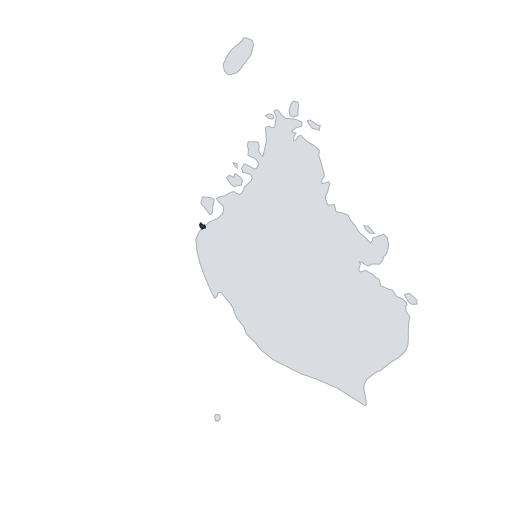 location of Saha-gu, Busan, South Korea, rotated 145°
{"feature_id": "91817680B15590775835688", "entity_name": "Saha-gu", "entity_type": "district", "adm_level": 2, "iso_a3": "KOR", "parent_name": "South Korea", "parent_adm1": "Busan", "projection": "equal_earth", "projection_center": [128.975, 35.079], "detail": "fine", "context": "in_parent", "style": "filled", "palette": "slate", "viewbox_px": 512, "rotation_deg": 145, "n_neighbors": 0, "source": "geoboundaries", "source_scale": "gbopen_adm2", "svg_char_len": 4487}
<svg xmlns="http://www.w3.org/2000/svg" viewBox="0 0 512 512"><g transform="rotate(145 256 256)"><path d="M163.1,127.0L164.7,125.7L164.8,123.9L164.9,117.8L169.4,113.7L175.8,105.1L179.0,100.4L182.6,96.0L186.7,93.1L190.8,91.7L197.2,91.1L209.3,91.7L211.7,91.2L220.2,90.7L222.2,91.5L228.4,92.0L235.2,91.4L238.6,90.2L241.8,88.0L244.6,84.1L247.5,77.0L250.6,71.3L252.4,70.3L264.8,100.4L276.7,119.9L286.9,134.0L301.5,161.3L305.8,176.0L306.2,185.0L308.7,197.5L306.6,204.7L307.3,216.0L306.3,221.8L304.6,226.1L304.5,234.4L305.1,238.8L305.2,244.6L306.3,246.9L308.0,247.8L310.7,245.6L313.9,244.8L313.4,251.8L309.5,269.6L306.0,282.7L301.4,294.0L295.4,304.4L288.3,308.5L283.3,309.9L273.7,310.5L265.7,308.7L258.9,310.0L256.1,312.2L254.1,315.9L255.6,321.6L255.4,325.9L252.4,325.6L246.6,323.1L240.2,322.7L237.2,321.5L234.2,315.4L231.1,315.7L225.7,319.3L217.4,320.1L214.5,322.0L213.5,324.6L214.7,327.8L218.8,332.0L217.4,336.2L213.0,338.3L209.6,333.1L207.4,328.0L205.0,327.7L201.2,329.2L200.4,334.7L202.1,338.5L205.0,342.8L200.9,347.9L199.8,351.4L196.9,354.0L189.0,348.3L190.2,344.2L193.6,340.3L194.1,336.2L193.0,333.8L181.6,344.1L174.6,355.7L170.9,354.9L169.3,351.9L167.2,350.7L159.6,358.2L158.2,364.1L155.4,364.3L154.2,361.8L154.2,356.4L152.9,351.9L145.2,345.3L141.7,339.5L143.7,336.3L150.1,338.0L155.3,337.8L154.3,335.1L152.6,333.8L156.1,332.2L159.0,329.1L156.6,328.2L153.0,330.0L150.0,329.1L148.9,321.6L145.3,313.8L143.5,306.3L147.1,302.0L149.0,295.3L152.5,285.6L154.2,282.4L158.9,280.2L160.5,277.6L158.0,276.4L153.9,275.2L154.1,272.4L156.9,270.9L160.0,267.8L166.0,264.1L167.9,257.0L166.2,255.2L162.5,253.5L163.4,250.0L164.9,247.2L164.4,245.6L160.0,241.0L157.1,236.8L158.0,232.1L157.5,224.9L157.9,218.8L157.8,215.6L155.7,208.2L154.8,200.8L152.0,201.9L149.7,203.7L141.5,201.1L139.0,201.0L138.0,195.5L141.0,188.8L148.0,182.8L152.0,182.1L155.0,179.5L159.7,178.6L165.2,182.7L170.2,183.5L173.0,190.4L174.7,191.9L175.1,189.4L179.2,186.4L180.1,184.1L179.3,182.9L174.6,181.6L170.5,173.0L170.0,169.2L168.5,166.8L170.8,159.9L166.0,152.1L163.7,149.6L164.1,142.6L161.6,138.1L160.2,135.6L159.4,131.4L160.2,129.5L162.4,128.8L163.1,127.0ZM143.9,440.2L141.6,441.7L139.4,440.8L138.8,440.1L136.2,436.1L135.5,434.0L137.3,430.1L144.7,423.7L163.5,417.5L166.9,417.2L174.3,419.9L175.8,424.8L174.4,429.1L172.7,432.0L164.0,436.8L157.3,439.2L143.9,440.2ZM270.8,330.8L265.9,335.1L259.3,329.4L257.7,326.2L262.8,321.6L267.0,316.3L269.8,316.0L270.8,330.8ZM235.6,330.3L235.0,337.1L231.4,337.4L229.2,333.1L226.8,335.2L225.6,335.2L223.8,329.8L223.5,325.6L227.8,322.4L230.5,324.3L234.2,325.3L235.6,330.3ZM139.9,360.5L136.5,361.5L134.7,359.1L133.4,358.5L134.2,355.4L139.7,349.2L140.8,347.1L145.8,348.4L147.6,351.6L145.2,356.6L139.9,360.5ZM157.2,130.0L156.9,139.0L154.1,138.6L152.2,137.7L151.4,135.9L149.5,127.6L151.7,124.2L155.9,126.9L157.2,130.0ZM136.9,335.5L136.2,337.2L134.0,336.7L131.7,331.9L130.8,328.2L128.5,326.1L132.2,322.8L136.8,328.7L136.9,335.5ZM151.0,214.5L150.3,219.0L146.9,216.0L146.0,206.4L149.5,209.2L151.0,214.5ZM382.6,147.5L380.3,149.5L377.5,147.5L377.2,145.4L378.6,143.5L381.9,142.4L383.5,144.0L382.6,147.5ZM167.0,362.3L167.8,365.6L163.6,365.0L161.4,361.8L161.7,359.1L164.2,358.7L167.0,362.3ZM221.7,343.5L221.1,345.7L218.5,342.4L221.1,338.9L221.7,343.5Z" fill="#d9dde1" stroke="#a8b0b8" stroke-width="1"/><path d="M284.5,311.4L284.8,311.5L284.8,311.4L284.8,311.2L284.8,310.9L284.8,310.7L284.7,310.5L284.6,310.4L284.6,310.2L284.7,309.6L284.7,309.4L284.5,308.9L284.3,308.9L283.9,309.1L283.4,309.1L283.1,309.0L282.9,308.9L282.7,308.8L282.5,308.7L282.4,308.7L282.2,308.5L281.6,308.2L281.5,308.3L281.1,308.8L280.9,309.0L281.2,309.1L281.2,309.3L281.1,309.6L280.9,309.8L280.9,310.2L280.9,310.3L280.8,310.6L280.9,311.0L281.0,311.0L281.1,310.9L281.3,310.9L281.2,311.0L281.3,311.0L281.4,310.9L281.5,310.8L281.5,310.4L281.5,310.1L281.6,309.9L281.6,309.7L282.0,309.6L282.1,310.0L282.0,310.3L282.0,310.5L281.9,310.7L281.9,310.9L281.8,311.0L281.7,311.2L282.2,313.4L282.2,313.5L282.3,313.7L282.4,313.9L282.5,313.9L282.6,314.0L282.5,314.3L282.4,314.5L282.5,314.6L282.6,314.4L282.8,314.4L282.8,314.2L283.0,314.1L282.9,313.9L282.7,313.8L282.8,313.7L283.0,313.6L283.4,313.7L283.4,313.4L283.1,313.2L282.9,313.3L282.9,313.0L283.1,313.0L283.3,312.9L283.5,312.8L283.7,313.0L283.8,313.2L283.9,313.5L284.0,313.8L284.3,313.7L284.1,312.8L284.1,312.4L284.1,312.1L284.0,311.9L284.0,311.6L284.0,311.3L284.0,311.1L284.2,311.3L284.4,311.4L284.3,311.2L284.5,311.0L284.5,311.3L284.5,311.4Z" fill="#64748b" stroke="#1e293b" stroke-width="1.5"/></g></svg>